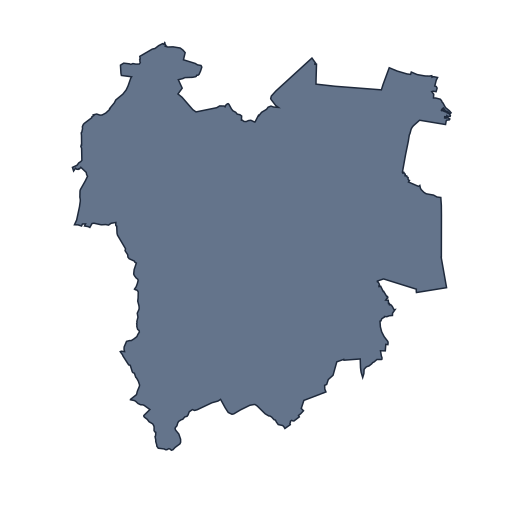 outline of Cerna, Tulcea, Romania, rotated 187°
{"feature_id": "2599482B66510571343783", "entity_name": "Cerna", "entity_type": "district", "adm_level": 2, "iso_a3": "ROU", "parent_name": "Romania", "parent_adm1": "Tulcea", "projection": "albers", "projection_center": [28.311, 45.064], "detail": "fine", "context": "isolated", "style": "filled", "palette": "slate", "viewbox_px": 512, "rotation_deg": 187, "n_neighbors": 0, "source": "geoboundaries", "source_scale": "gbopen_adm2", "svg_char_len": 6036}
<svg xmlns="http://www.w3.org/2000/svg" viewBox="0 0 512 512"><g transform="rotate(187 256 256)"><path d="M329.6,53.3L323.6,53.3L322.1,52.7L320.8,52.9L319.0,54.2L318.0,54.0L316.3,52.9L314.8,53.6L313.0,56.1L308.6,60.3L308.1,62.0L308.5,64.9L310.9,69.9L314.6,73.4L315.3,74.9L315.1,75.9L313.8,77.8L313.3,80.9L312.6,82.4L310.2,84.4L308.8,85.0L307.1,87.6L304.9,88.5L304.1,89.9L303.3,93.2L300.4,95.8L298.2,95.2L295.7,96.2L281.8,105.0L276.0,107.4L273.7,109.4L268.1,101.6L264.5,97.3L260.6,96.0L258.8,96.6L252.6,101.4L243.9,107.1L239.7,108.4L238.6,108.4L236.4,107.2L227.7,100.5L223.8,98.8L222.7,98.9L220.9,98.1L218.1,95.7L216.7,95.5L215.6,93.8L213.4,91.4L208.9,91.0L207.6,90.0L206.3,88.3L201.4,92.8L202.0,93.9L201.6,94.8L201.7,96.2L200.6,97.2L199.2,96.8L198.2,96.9L193.4,101.6L194.4,102.9L192.4,104.9L190.0,108.2L192.5,110.2L190.9,118.5L170.0,129.6L171.5,132.3L172.1,136.0L170.2,137.1L169.2,142.2L165.0,147.0L162.9,160.8L156.3,164.1L156.0,163.3L140.0,166.5L138.7,158.1L138.0,155.2L137.5,153.4L135.3,148.4L134.6,152.4L134.9,156.7L133.3,159.0L132.5,159.7L130.5,160.6L128.1,163.0L127.2,164.4L125.8,165.3L123.4,168.0L118.7,168.6L118.4,169.0L118.6,170.6L119.3,171.8L120.9,177.1L116.1,177.6L116.4,184.1L114.3,184.1L114.3,185.9L114.7,187.2L119.0,191.6L122.0,196.0L123.9,200.8L125.0,206.4L124.1,206.8L123.5,209.1L121.1,211.0L121.1,211.6L118.7,211.7L116.5,212.9L113.3,213.6L113.5,215.9L111.4,219.8L112.5,219.5L114.6,222.6L116.3,224.1L117.6,223.8L118.0,224.8L117.7,224.9L117.8,225.2L118.7,225.0L119.3,228.2L121.9,228.0L121.0,229.7L120.1,230.4L120.2,231.3L120.7,231.9L121.2,231.6L125.0,236.5L125.4,236.3L128.6,241.2L130.2,240.6L130.4,241.3L129.9,241.7L129.9,242.3L130.4,243.4L131.4,244.8L132.4,245.2L132.5,245.9L126.8,248.7L126.1,248.7L92.8,242.6L92.7,240.8L92.3,239.3L63.0,247.8L72.1,277.5L71.9,277.6L76.9,319.0L78.2,328.8L79.7,336.6L83.5,336.6L87.2,338.1L94.7,338.5L97.2,339.7L100.2,342.1L101.1,343.4L102.0,346.0L103.0,345.0L103.5,345.0L113.7,348.0L112.9,349.7L113.7,349.9L114.4,350.7L114.6,352.4L115.7,352.9L116.2,353.9L117.8,353.8L117.8,355.4L119.3,356.2L119.3,357.0L120.0,357.2L120.6,356.4L120.9,356.9L119.9,374.8L118.8,388.5L118.6,394.8L118.1,396.3L117.5,400.7L116.8,402.6L115.7,404.4L110.2,410.7L83.9,409.6L83.7,413.3L83.3,414.0L80.7,414.7L80.3,415.6L83.3,416.9L84.1,416.0L85.6,416.0L85.7,417.3L83.7,417.4L83.7,418.5L82.5,417.8L80.3,418.2L80.2,419.2L81.9,421.0L83.7,421.3L84.3,422.2L85.3,422.1L87.9,422.8L87.8,423.4L88.0,423.7L89.6,422.9L89.8,423.2L89.3,424.4L88.1,425.8L85.5,423.0L83.6,422.8L80.7,420.8L79.8,421.9L81.7,423.7L86.0,426.4L89.1,430.7L90.0,431.4L90.8,432.8L92.2,434.1L96.7,434.7L99.1,434.5L99.3,438.2L101.6,440.6L100.2,441.2L97.3,441.0L96.7,444.6L96.9,445.1L97.8,446.2L99.3,446.5L98.5,452.5L97.5,455.3L100.9,455.6L102.2,455.5L103.1,454.9L103.5,456.4L105.8,455.7L110.1,455.3L118.1,455.7L124.3,457.5L124.7,455.1L128.2,455.1L138.5,456.8L146.7,459.1L150.8,441.7L151.8,436.2L198.3,434.1L217.2,433.9L217.4,433.9L217.9,438.5L219.3,453.6L220.9,453.4L221.0,454.0L220.2,454.5L224.6,459.3L256.3,422.3L260.3,416.6L260.6,414.0L260.1,413.2L254.8,407.8L251.9,406.2L256.6,406.0L259.4,406.6L262.1,405.2L263.2,403.2L264.0,402.4L268.0,399.3L270.3,395.5L270.7,395.9L273.3,388.9L273.7,388.8L277.7,390.1L280.0,389.5L282.2,388.2L284.5,388.1L286.0,389.1L287.0,389.0L287.3,393.2L289.2,394.3L291.9,394.5L293.7,396.2L296.6,397.3L298.3,399.0L301.3,403.2L302.2,403.8L303.0,403.5L304.2,402.3L304.9,400.3L305.8,401.0L310.4,400.5L313.1,398.4L333.1,391.7L336.5,393.5L348.7,404.5L353.2,407.3L349.7,413.6L354.6,421.5L350.2,423.2L348.3,424.4L340.8,425.6L337.8,426.6L337.2,427.1L337.0,428.1L335.6,428.4L334.7,429.3L333.6,432.7L332.8,436.9L333.8,438.4L337.4,438.6L339.7,439.7L351.9,441.9L351.1,449.2L353.6,451.5L356.6,453.2L363.8,453.5L368.8,452.7L369.8,452.7L370.3,453.3L371.5,453.0L371.8,453.2L371.3,454.2L372.2,455.4L372.4,456.5L372.6,456.7L373.3,454.9L374.6,455.4L378.3,452.9L381.5,449.7L384.2,448.7L395.7,440.0L395.0,437.9L395.4,437.1L395.0,436.7L395.1,435.4L394.4,433.9L395.3,432.3L398.6,431.8L401.6,432.0L403.6,430.9L404.9,431.3L410.8,431.3L413.8,428.9L412.3,420.8L411.6,418.8L401.3,418.7L402.0,417.2L403.7,409.3L405.1,405.0L407.9,400.4L414.2,393.8L415.3,390.7L419.2,384.6L418.9,384.4L419.4,383.3L422.6,379.5L426.0,377.2L428.0,376.8L431.4,377.5L434.7,376.3L434.2,375.6L435.8,374.3L435.9,373.2L442.6,366.7L443.4,365.6L444.1,363.2L443.7,361.3L444.0,357.7L444.5,356.9L443.9,354.4L442.8,346.3L442.7,345.3L442.9,345.4L443.2,343.4L442.2,341.6L440.5,329.7L441.4,328.4L443.2,326.9L444.8,324.2L449.0,321.6L447.4,318.1L445.8,321.1L444.6,320.3L443.0,320.3L442.5,321.0L441.8,320.9L440.7,322.7L434.7,318.3L434.0,316.1L432.9,314.6L434.6,309.7L438.4,300.5L438.6,299.1L438.0,293.0L437.3,290.7L437.1,289.1L437.2,283.3L438.4,269.9L440.0,264.9L436.4,265.2L432.8,264.5L432.2,266.6L429.1,267.1L429.8,264.9L426.1,264.7L424.4,264.1L422.7,268.3L420.8,268.8L413.4,268.1L409.0,268.9L406.1,268.7L403.8,270.8L399.2,272.2L399.0,269.6L398.7,269.0L397.9,268.7L396.7,261.6L396.0,259.8L386.4,247.3L386.6,245.3L383.5,241.6L383.0,239.3L381.5,237.8L376.1,236.1L375.4,235.0L373.9,234.4L375.3,227.6L375.2,223.2L374.4,221.8L372.3,219.6L370.6,218.6L370.0,217.3L370.4,214.3L371.2,210.9L372.6,208.3L371.6,207.8L370.2,207.7L369.0,206.7L368.5,205.9L367.9,199.9L367.9,196.8L366.1,192.3L365.6,190.0L365.7,188.5L366.9,184.7L365.7,180.9L366.3,176.6L366.0,175.6L366.2,174.2L365.8,173.2L365.7,171.5L364.5,168.7L363.0,167.8L362.5,166.3L363.7,163.8L364.4,161.5L367.2,158.7L369.6,156.8L371.0,156.7L374.1,155.5L375.8,149.6L375.6,147.3L374.8,145.1L378.1,145.1L379.1,144.5L376.4,141.6L376.0,140.7L369.1,132.4L367.5,132.2L364.7,126.0L364.0,125.3L362.4,124.8L360.6,121.0L359.7,120.3L357.6,117.5L355.8,113.7L355.9,112.3L357.3,107.3L357.7,103.9L363.1,98.4L363.1,98.0L359.1,97.7L357.7,97.1L355.1,95.2L352.4,94.3L350.5,94.5L349.0,94.2L342.6,90.7L347.6,84.4L347.9,84.0L347.8,83.2L347.1,82.4L344.0,80.6L342.0,78.5L338.1,76.8L336.8,75.1L336.3,73.9L335.9,70.3L335.0,69.1L334.0,68.8L333.8,66.2L333.9,64.7L334.2,64.4L333.1,61.3L332.9,59.6L331.5,56.4L331.3,55.2L329.6,53.3Z" fill="#64748b" stroke="#1e293b" stroke-width="1.5"/></g></svg>